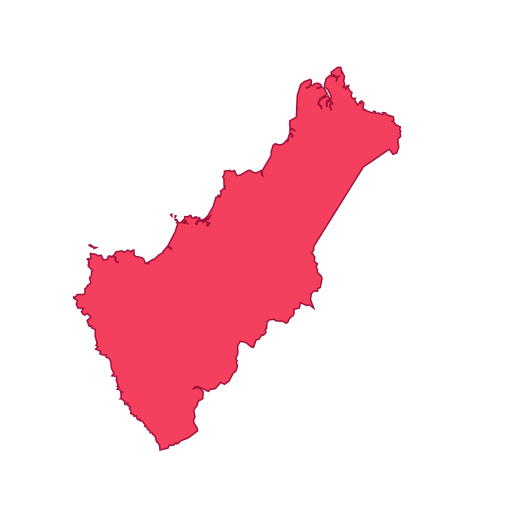 outline of Mariato, Veraguas, Panama, rotated 66°
{"feature_id": "35544464B44926155348372", "entity_name": "Mariato", "entity_type": "district", "adm_level": 2, "iso_a3": "PAN", "parent_name": "Panama", "parent_adm1": "Veraguas", "projection": "mercator", "projection_center": [-80.871, 7.491], "detail": "fine", "context": "isolated", "style": "filled", "palette": "rose", "viewbox_px": 512, "rotation_deg": 66, "n_neighbors": 0, "source": "geoboundaries", "source_scale": "gbopen_adm2", "svg_char_len": 6128}
<svg xmlns="http://www.w3.org/2000/svg" viewBox="0 0 512 512"><g transform="rotate(66 256 256)"><path d="M196.8,71.6L192.8,75.0L189.4,75.6L188.4,76.8L188.0,74.7L184.5,74.0L180.4,78.8L177.8,79.6L176.5,82.0L178.2,82.5L177.9,83.8L175.6,85.2L174.1,89.1L173.0,88.3L171.6,89.2L172.6,91.6L168.1,96.2L166.6,96.6L166.4,98.3L164.7,98.3L160.2,95.3L157.2,96.5L157.6,98.7L159.2,98.2L158.4,99.7L159.5,101.6L153.5,102.5L152.3,101.1L151.5,103.6L150.1,104.0L148.2,103.8L145.7,101.8L143.9,102.9L139.5,103.5L138.1,101.9L137.6,104.2L139.9,106.0L136.5,106.2L138.1,108.0L136.3,106.8L135.7,105.2L131.7,104.7L128.0,102.1L122.9,102.4L123.2,103.2L118.2,101.8L116.8,104.8L118.7,112.6L121.6,113.5L122.8,110.2L122.9,111.8L125.7,108.7L125.3,107.3L125.5,106.9L126.0,108.2L125.4,109.3L126.9,109.5L129.4,111.7L125.9,109.5L121.1,115.0L122.5,119.7L127.9,124.2L129.7,124.5L133.6,122.5L140.9,122.4L144.5,124.9L147.0,124.0L148.9,124.3L147.5,124.7L147.4,125.7L149.1,127.6L150.4,127.2L151.9,127.8L152.8,127.4L153.8,128.0L148.8,127.8L147.3,126.1L146.8,124.5L144.4,125.8L144.5,128.5L148.8,130.5L145.2,129.9L143.3,128.2L142.8,124.7L139.0,124.9L138.9,131.9L139.8,134.3L142.7,137.2L145.7,135.3L148.7,136.4L145.2,136.1L142.6,137.8L138.5,133.7L137.0,124.9L131.1,125.6L127.9,127.3L128.3,130.4L127.5,131.6L128.0,132.3L128.1,132.5L127.2,131.5L128.1,130.2L127.4,127.9L125.9,126.9L123.4,129.0L122.3,132.3L123.3,134.8L122.2,136.1L123.4,139.4L122.7,142.3L123.1,139.3L121.5,135.7L118.1,134.0L116.8,134.6L116.3,140.8L117.5,145.4L126.2,153.0L145.5,162.6L146.4,170.4L153.9,173.3L154.3,171.0L158.1,169.1L155.0,171.0L154.6,173.8L158.0,174.9L159.4,173.3L161.4,173.8L161.8,173.0L161.5,175.0L159.7,173.6L158.3,175.2L157.1,174.8L160.6,178.1L162.8,178.9L164.6,181.0L162.0,179.0L164.7,185.7L164.2,189.3L161.2,192.9L161.9,195.4L166.9,199.7L170.4,201.3L180.9,216.0L185.5,217.3L184.4,217.9L181.0,216.5L180.1,215.4L180.2,222.3L176.7,226.0L175.6,226.1L174.6,228.2L175.7,237.3L174.7,240.8L169.1,240.9L169.1,244.0L167.4,244.7L165.6,250.3L168.8,252.0L170.2,254.3L172.1,253.8L180.6,257.3L178.9,256.1L179.5,255.7L182.1,257.3L181.3,258.3L182.3,262.2L185.2,262.5L187.0,265.1L187.6,264.0L187.2,265.3L185.7,264.9L185.1,265.7L186.5,267.7L186.1,268.8L193.2,274.8L199.7,283.6L201.4,288.3L200.9,292.1L202.5,289.3L201.5,286.0L202.7,285.1L201.7,284.3L201.7,283.2L200.7,282.1L200.7,281.1L203.1,284.9L202.2,287.7L205.8,286.9L206.3,285.6L207.4,284.9L207.8,285.4L207.8,288.1L210.0,287.6L207.8,288.4L207.1,285.2L205.8,287.3L203.1,287.8L202.6,290.2L203.3,289.8L203.8,289.8L204.3,290.9L203.2,290.0L200.8,293.3L201.3,296.0L202.9,296.7L202.4,298.0L201.2,298.2L202.5,297.7L200.4,295.7L200.1,292.3L198.0,291.9L198.0,294.0L195.9,294.4L195.6,296.4L196.4,296.8L194.9,299.1L192.8,298.9L191.8,300.0L192.7,301.6L191.1,305.0L192.6,305.6L194.5,309.9L196.4,307.9L194.8,306.6L195.2,305.5L196.6,306.1L199.6,305.0L197.2,306.1L197.1,308.3L195.3,309.6L193.5,314.8L194.7,314.4L200.8,319.7L210.8,332.3L211.1,331.7L212.2,332.2L212.2,331.5L214.4,330.0L215.9,331.5L214.5,330.3L212.4,332.4L211.0,332.6L214.1,339.3L215.3,339.7L215.4,343.9L218.0,351.4L217.1,351.8L217.9,356.8L218.8,356.9L219.2,357.7L217.9,357.7L217.7,360.1L213.4,359.8L211.1,360.9L207.5,366.0L205.8,367.0L200.9,365.1L200.5,367.1L201.4,368.5L198.4,370.7L199.1,374.0L196.7,376.6L195.2,382.1L198.0,386.6L199.9,384.8L201.6,385.1L202.5,386.1L204.8,385.6L205.7,383.5L205.3,385.3L204.8,385.9L202.9,386.3L200.5,385.3L197.7,387.0L197.9,388.7L196.7,389.0L196.1,391.1L198.6,392.9L197.6,396.9L192.3,397.1L191.2,400.6L189.4,401.6L186.3,406.3L191.4,408.0L190.0,410.9L190.6,411.6L191.6,410.6L193.7,410.8L193.7,411.7L195.7,411.6L195.6,412.6L197.0,413.4L203.0,411.2L203.4,412.5L207.2,414.6L208.2,417.0L213.8,418.0L214.2,421.6L215.9,423.6L216.2,425.6L220.3,427.3L221.1,428.8L218.5,435.0L220.3,438.4L219.2,439.2L220.4,439.7L224.3,437.2L226.8,439.8L231.0,439.9L233.8,434.9L235.7,438.1L238.4,437.9L240.4,436.5L240.1,433.2L244.7,431.8L246.2,436.5L252.0,437.0L252.9,436.5L252.9,434.5L255.1,435.2L257.7,432.7L263.8,435.5L271.0,436.6L272.6,438.5L274.4,437.0L275.9,440.4L278.9,437.5L280.7,436.9L281.3,438.2L282.8,437.9L285.9,433.2L287.4,434.2L289.7,431.9L293.4,431.6L299.6,433.7L305.5,433.6L306.8,436.4L309.1,432.6L311.2,432.8L311.9,434.0L318.0,434.7L318.6,435.9L320.1,434.7L321.2,437.0L323.1,434.7L326.4,435.0L325.8,434.0L326.1,433.3L326.9,435.4L330.7,436.9L331.2,438.2L332.1,436.6L335.8,435.0L337.4,436.2L338.7,435.9L338.3,433.1L340.5,433.8L342.9,432.4L343.9,433.7L347.4,433.3L348.7,434.6L351.7,432.4L352.9,432.6L353.3,430.5L357.1,430.8L358.0,428.6L358.9,429.4L360.5,427.1L365.3,425.8L366.2,427.0L368.1,425.2L370.0,425.6L373.0,423.9L374.3,424.6L375.7,422.7L377.0,422.9L379.0,421.5L385.6,422.4L386.1,421.6L390.0,421.2L394.2,422.6L395.7,414.5L393.7,412.1L395.3,408.2L394.2,405.0L395.2,405.0L395.6,403.1L394.2,400.1L394.6,391.7L392.0,380.5L389.3,379.8L382.9,380.6L380.5,379.8L378.3,377.3L371.4,375.5L368.6,370.6L365.2,367.8L364.7,362.7L358.5,359.4L353.6,361.3L352.1,363.4L351.7,367.0L350.5,365.0L351.8,362.0L360.4,354.5L359.2,352.1L360.6,347.1L357.2,339.8L360.4,336.9L359.3,331.4L353.8,324.7L353.0,321.2L350.0,318.5L348.1,317.3L346.0,317.7L344.2,315.9L341.5,316.2L337.8,312.3L330.6,309.3L327.6,305.1L330.7,300.6L337.2,297.2L338.5,295.5L332.6,289.9L333.3,287.4L330.3,282.6L331.4,281.5L330.1,278.1L327.0,277.5L326.4,275.7L321.1,273.0L319.7,269.8L321.2,265.3L323.4,264.1L326.4,258.2L329.7,255.8L329.3,253.8L326.6,250.8L325.4,246.2L323.1,244.1L320.2,243.1L321.1,237.5L316.6,234.4L321.6,230.1L322.3,227.1L327.2,224.5L317.9,223.9L312.9,220.8L311.6,217.4L313.2,214.0L310.8,212.9L311.0,210.2L303.5,204.9L300.8,204.6L295.7,206.6L293.5,205.3L291.2,205.8L288.0,203.1L284.5,204.9L280.7,202.7L275.8,203.8L274.2,201.1L270.6,199.1L218.3,121.7L212.7,90.9L218.9,89.4L219.1,85.5L214.6,81.3L207.3,79.1L205.4,75.1L202.2,74.4L200.6,72.9L199.1,73.6L196.8,71.6ZM181.0,402.3L181.7,400.9L178.4,402.7L178.3,403.5L179.2,403.5L177.6,404.6L181.0,402.3ZM192.4,313.5L190.5,313.6L190.2,315.0L190.9,314.8L192.4,313.5ZM183.2,400.9L183.4,398.5L181.9,400.5L183.2,400.9ZM185.4,316.7L183.5,315.9L183.6,317.2L185.4,316.7ZM188.0,314.2L186.8,312.7L186.6,312.8L186.5,313.8L188.0,314.2Z" fill="#f43f5e" stroke="#9f1239" stroke-width="1.5"/></g></svg>